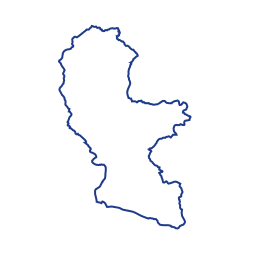 outline of Pasaman, Sumatera Barat, Indonesia, rotated 173°
{"feature_id": "22746128B82897046958257", "entity_name": "Pasaman", "entity_type": "district", "adm_level": 2, "iso_a3": "IDN", "parent_name": "Indonesia", "parent_adm1": "Sumatera Barat", "projection": "mercator", "projection_center": [100.034, 0.4], "detail": "fine", "context": "isolated", "style": "outline", "palette": "blue", "viewbox_px": 256, "rotation_deg": 173, "n_neighbors": 0, "source": "geoboundaries", "source_scale": "gbopen_adm2", "svg_char_len": 5850}
<svg xmlns="http://www.w3.org/2000/svg" viewBox="0 0 256 256"><g transform="rotate(173 128 128)"><path d="M173.2,218.5L173.3,217.9L172.5,216.8L172.3,216.0L172.6,215.4L174.1,214.9L175.2,213.6L175.9,213.4L178.7,213.3L179.7,213.1L180.9,212.7L182.3,211.8L183.5,210.2L184.8,205.6L186.4,204.1L187.9,203.5L188.4,202.4L186.9,200.4L186.3,198.0L184.3,194.4L183.9,193.0L185.8,190.0L185.6,188.9L185.0,188.1L184.9,187.5L184.9,186.6L185.6,185.6L185.7,184.9L185.6,182.8L186.4,181.1L186.5,180.1L186.7,179.8L187.3,179.5L188.9,177.5L189.8,176.9L190.9,175.8L191.3,174.7L191.3,173.7L189.3,168.6L188.2,167.4L187.4,165.6L187.4,163.9L186.7,162.4L187.3,158.7L185.7,156.4L184.6,154.2L183.9,154.1L184.4,152.1L184.7,151.6L183.8,151.3L182.4,148.8L182.7,147.6L184.8,145.7L186.6,142.0L187.3,141.3L187.3,140.9L186.5,140.0L186.4,139.7L187.4,138.5L187.5,137.9L186.2,137.3L185.6,136.8L185.4,136.1L186.0,135.4L185.9,135.0L184.7,134.7L184.3,134.0L183.4,133.3L183.0,132.6L182.2,132.2L181.2,131.2L180.9,130.5L180.7,128.7L179.5,127.9L179.0,127.9L178.4,128.3L177.9,127.3L177.4,126.9L176.8,126.7L176.1,126.0L172.1,121.3L171.6,120.5L171.2,119.2L171.5,118.6L172.4,118.6L170.2,116.3L169.7,115.7L169.4,114.6L168.9,114.3L168.7,113.7L167.8,112.8L167.6,112.3L167.5,111.6L167.8,111.3L168.0,111.3L168.1,110.7L168.6,110.1L168.5,109.1L167.6,108.3L166.1,107.7L165.2,106.9L164.3,106.5L163.2,104.7L163.0,103.8L163.1,102.8L164.1,102.5L165.9,101.4L167.6,99.8L167.7,98.7L167.1,97.6L164.9,95.8L163.0,95.1L161.7,94.8L160.7,95.1L159.8,94.7L159.3,95.0L158.7,95.1L158.0,94.6L156.5,94.5L155.6,93.4L154.9,91.8L155.2,88.5L155.8,86.3L156.4,82.8L157.0,80.8L158.3,79.4L159.0,79.0L159.7,77.8L160.0,77.8L160.1,77.3L160.4,77.2L163.1,73.2L167.6,71.0L168.3,69.8L168.7,66.7L168.0,60.2L168.1,58.6L166.4,57.8L164.7,57.4L163.7,56.6L163.4,56.8L162.5,58.1L162.1,58.1L161.3,57.6L159.9,56.2L158.4,52.2L153.5,52.0L146.4,49.8L143.1,47.6L133.6,44.4L131.1,43.0L125.3,39.0L120.2,36.3L118.5,35.6L118.0,35.9L117.4,36.0L115.6,35.4L114.4,35.1L113.2,34.3L112.5,34.5L111.3,34.1L110.0,32.2L110.0,31.2L109.7,30.3L108.0,28.1L105.8,27.4L99.3,26.5L97.4,25.7L97.4,25.3L96.9,24.7L95.7,24.5L93.5,23.5L93.0,22.8L91.4,22.3L90.0,22.6L88.3,24.5L87.3,24.6L86.7,25.0L84.9,25.3L83.5,26.6L82.9,27.9L82.9,28.5L83.3,29.8L85.0,34.0L85.1,37.5L84.3,40.3L84.4,40.6L85.4,41.1L85.8,41.7L86.0,43.1L85.6,45.2L86.2,46.5L86.0,47.5L85.4,48.8L85.8,49.7L85.6,50.5L86.1,51.1L86.0,52.5L85.5,53.1L83.7,53.5L83.4,53.9L83.5,54.8L82.8,56.3L81.9,57.2L81.7,58.0L82.6,62.1L83.8,63.6L83.6,65.2L82.9,66.3L86.2,68.6L87.5,69.0L88.8,69.0L90.5,68.5L94.3,67.8L95.0,68.2L95.8,69.8L96.5,70.4L96.8,70.3L98.3,69.5L99.0,69.5L99.6,69.7L99.8,70.0L100.1,73.0L100.7,74.9L100.6,76.0L101.5,77.3L101.8,78.2L102.5,79.5L102.5,79.8L99.3,80.3L99.1,80.7L99.4,81.2L100.6,81.8L102.1,83.1L101.5,84.8L101.5,85.2L102.9,85.4L103.2,85.7L103.4,86.6L103.7,86.9L105.8,87.8L107.3,89.8L108.1,91.3L109.7,92.7L110.0,94.6L110.7,95.5L110.8,95.8L110.8,97.6L109.8,99.0L109.0,100.7L107.7,102.1L108.1,102.9L109.7,103.8L110.0,104.3L109.3,104.5L108.8,105.0L106.9,105.1L104.9,106.4L103.1,107.9L102.6,108.7L101.5,109.7L100.9,111.0L98.9,112.9L98.2,113.3L97.2,113.4L95.8,113.3L94.6,113.9L93.6,114.1L92.3,113.7L91.1,114.5L89.7,114.5L88.8,114.8L88.3,114.7L86.7,113.4L84.1,115.8L80.7,115.4L80.9,116.3L82.6,118.8L82.8,119.5L82.8,122.2L81.7,124.4L81.0,125.0L79.6,125.2L77.1,124.6L76.4,124.7L75.8,125.2L75.4,125.4L73.3,124.3L71.9,124.1L71.7,124.2L71.5,124.7L71.6,126.3L71.3,127.4L71.1,127.7L70.2,128.3L67.6,128.3L66.0,128.5L65.5,130.1L64.7,131.0L64.7,131.7L65.3,132.2L66.1,132.3L68.5,134.2L69.8,134.8L70.1,135.0L70.2,135.8L70.9,136.3L71.6,136.6L71.3,137.8L70.8,138.5L68.2,139.2L67.9,139.4L67.2,140.9L66.8,141.3L66.5,142.2L67.0,144.6L67.4,145.2L68.4,146.0L69.9,146.7L70.3,146.6L71.8,145.0L72.7,144.5L73.8,144.5L74.1,144.9L74.3,147.5L74.5,148.4L75.4,149.2L78.7,148.9L81.0,148.0L81.6,147.2L82.6,147.5L83.4,147.4L86.4,148.2L87.5,149.2L87.9,150.0L88.9,150.5L90.4,150.6L91.7,149.8L92.9,149.4L93.2,149.0L95.9,148.0L100.1,148.0L101.3,148.7L103.1,149.1L103.3,149.4L104.1,149.6L104.3,150.1L105.0,150.3L106.2,150.2L106.7,150.5L108.0,150.5L108.8,151.6L109.7,151.5L109.7,151.8L110.4,152.0L110.5,152.5L111.4,152.7L111.5,153.5L113.8,153.4L114.3,153.5L115.5,152.5L116.1,152.4L116.5,152.9L117.8,153.6L120.8,154.0L120.7,154.7L121.2,155.6L121.3,156.7L121.8,156.7L122.7,157.2L123.1,157.7L123.8,157.8L124.3,160.4L124.5,162.2L124.3,164.2L123.3,166.6L121.0,170.4L120.3,172.2L120.6,174.5L121.1,175.9L121.0,177.3L121.5,178.9L121.5,179.6L120.9,181.2L120.6,184.0L120.4,184.9L119.5,187.1L118.7,188.1L118.1,190.0L117.7,190.6L117.4,190.6L117.3,191.2L116.9,191.3L116.7,192.7L117.0,192.8L116.3,193.1L115.4,193.8L114.3,195.2L114.3,195.7L112.9,196.5L111.2,197.8L109.7,198.3L109.5,198.9L110.1,200.7L111.1,201.6L111.2,202.2L112.0,203.0L113.1,205.0L114.0,205.1L114.7,205.5L116.1,207.0L117.2,208.8L117.7,209.2L118.7,209.8L119.5,209.7L120.3,209.9L121.3,211.8L121.3,212.8L122.4,214.4L122.7,214.6L123.4,214.5L125.6,216.4L126.5,216.4L126.8,217.1L127.6,217.4L128.0,218.1L128.1,218.6L127.8,219.4L127.9,220.4L127.1,220.1L126.0,221.2L125.8,220.9L125.6,221.0L125.5,221.3L125.7,221.9L125.3,222.0L125.1,222.7L124.5,223.4L124.7,224.4L125.1,223.9L125.6,224.5L125.8,225.1L125.1,225.4L125.2,226.2L125.9,227.6L125.7,227.9L125.9,228.3L126.3,228.2L127.2,228.6L128.7,228.2L130.1,228.5L130.9,228.9L132.9,228.9L134.0,228.7L134.8,228.1L136.0,228.1L136.9,227.5L137.8,227.9L138.3,227.9L139.1,227.7L139.6,227.1L140.4,227.1L141.9,227.8L141.8,228.5L142.1,229.0L143.4,229.3L143.6,230.8L143.8,231.0L144.5,231.2L146.2,231.0L147.4,232.6L148.5,232.4L149.4,232.5L150.8,233.5L151.5,233.7L151.9,233.0L152.7,232.1L153.6,231.7L154.8,230.5L155.5,230.5L157.2,230.7L157.4,230.3L162.2,227.4L162.9,226.8L163.4,226.7L164.7,225.8L167.4,224.3L167.9,224.3L168.9,224.9L170.1,225.0L170.5,224.7L170.8,224.3L171.9,223.7L172.3,223.2L172.6,222.5L172.5,220.0L173.2,218.5Z" fill="none" stroke="#1e3a8a" stroke-width="2"/></g></svg>